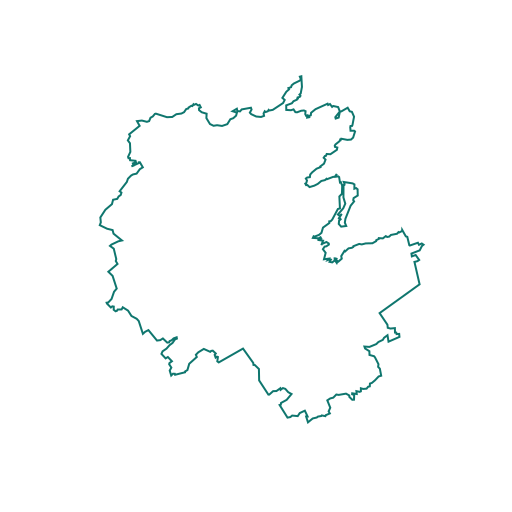 Tønsberg nor, Vestfold, Norway, rotated 243°
{"feature_id": "86288312B49956030196475", "entity_name": "Tønsberg nor", "entity_type": "district", "adm_level": 2, "iso_a3": "NOR", "parent_name": "Norway", "parent_adm1": "Vestfold", "projection": "albers", "projection_center": [10.379, 59.3], "detail": "fine", "context": "isolated", "style": "outline", "palette": "teal", "viewbox_px": 512, "rotation_deg": 243, "n_neighbors": 0, "source": "geoboundaries", "source_scale": "gbopen_adm2", "svg_char_len": 6108}
<svg xmlns="http://www.w3.org/2000/svg" viewBox="0 0 512 512"><g transform="rotate(243 256 256)"><path d="M354.4,130.8L347.9,135.7L344.2,140.0L340.6,139.2L330.7,143.6L331.6,140.0L331.8,132.4L331.3,130.5L327.1,132.6L316.7,130.1L315.2,128.8L311.8,129.0L309.0,117.3L303.4,119.2L290.2,117.1L288.6,113.3L283.3,107.8L281.7,103.3L282.2,101.7L281.3,101.6L276.0,103.3L276.4,105.1L275.5,106.3L272.7,104.8L270.5,105.8L270.3,107.2L271.1,108.4L269.4,112.0L270.8,114.0L265.4,117.2L259.1,117.8L254.2,121.2L251.3,122.0L238.0,119.9L238.8,122.8L238.8,126.5L225.6,129.4L224.5,132.5L224.8,135.6L219.1,137.6L218.5,139.4L219.4,140.4L219.2,142.5L220.0,145.2L219.6,148.4L218.3,148.0L218.5,146.0L216.4,142.1L215.8,138.5L214.1,134.2L213.5,129.5L211.7,127.3L205.8,129.0L206.0,131.6L200.4,133.3L199.9,130.3L199.0,129.5L195.0,129.9L193.1,127.1L188.0,126.2L188.8,128.6L187.9,130.2L186.9,130.0L184.6,140.0L185.3,140.4L185.5,143.1L190.3,147.6L192.9,157.4L195.3,157.6L196.4,160.9L196.9,167.3L191.4,171.7L191.8,173.0L191.3,174.5L187.4,175.9L186.7,174.3L183.8,173.9L184.1,175.5L183.3,176.2L179.7,173.7L178.1,174.5L179.4,202.4L162.0,205.0L160.1,204.3L159.5,205.4L154.0,207.3L143.7,202.3L126.9,204.1L126.5,204.9L127.8,209.9L126.4,212.9L127.1,217.6L125.6,217.2L126.1,220.0L124.3,221.8L120.0,222.9L116.9,225.0L113.9,218.0L113.7,211.6L112.3,210.6L112.5,209.4L97.7,210.7L96.9,213.5L97.4,215.8L94.4,220.5L96.2,223.7L96.0,229.3L89.6,229.1L90.2,227.8L84.2,226.8L85.5,232.8L84.5,236.8L84.8,238.3L83.8,241.5L84.1,242.2L81.8,245.1L82.5,245.9L82.2,250.3L84.6,250.2L87.1,253.3L95.0,254.0L95.4,257.5L94.7,260.5L96.1,264.7L94.7,266.6L92.5,273.7L89.4,275.8L88.1,275.2L84.2,276.5L83.5,278.1L87.6,280.4L89.2,278.9L90.0,279.4L87.3,283.1L90.0,284.1L87.9,286.7L87.8,288.0L90.5,289.4L88.9,291.1L87.6,294.3L88.6,296.5L88.2,298.2L90.6,299.6L90.3,301.6L91.2,305.5L93.0,310.6L92.5,313.2L99.4,315.2L101.8,314.5L104.0,316.0L111.6,316.0L113.1,315.7L116.3,312.2L119.7,313.8L124.1,311.2L126.1,311.5L123.5,315.8L122.9,323.2L123.8,326.0L123.7,330.9L125.0,333.0L125.7,337.2L119.5,335.2L118.8,347.1L121.6,348.2L122.6,345.8L124.1,346.2L124.7,345.1L128.7,347.0L130.3,342.9L132.2,340.8L135.1,341.9L149.0,340.2L156.5,388.9L178.8,394.5L178.1,397.5L178.4,399.6L184.4,398.7L184.9,394.7L187.6,395.6L186.7,404.4L189.6,408.4L190.0,410.4L191.9,409.4L192.0,406.3L194.3,406.3L195.5,397.8L196.0,397.5L204.4,399.5L205.5,398.4L212.9,398.1L211.9,397.5L212.0,394.1L212.6,393.8L211.8,391.7L213.5,385.8L212.8,383.5L213.4,381.5L214.8,380.7L214.1,377.0L216.1,373.7L215.5,373.5L215.5,370.3L214.7,369.8L214.5,365.5L217.4,359.5L218.3,355.5L219.9,353.4L220.5,347.2L219.9,346.8L219.8,345.1L220.8,341.9L219.6,337.5L220.4,337.2L217.2,331.9L214.7,331.2L213.6,326.8L214.4,326.4L213.1,324.8L215.2,324.5L217.0,326.5L217.8,325.7L218.2,325.0L216.3,324.1L215.7,321.0L217.4,318.9L218.8,321.1L219.5,320.5L219.8,318.2L220.6,319.7L222.2,315.1L227.2,319.5L231.7,318.7L233.2,321.4L232.7,323.1L233.1,326.1L234.1,326.5L236.5,325.1L236.8,320.1L236.0,319.1L239.2,322.7L242.4,318.2L242.0,321.7L242.7,321.4L243.6,322.7L243.2,320.0L246.3,314.9L247.4,316.3L246.7,316.9L246.2,321.7L246.9,324.8L250.9,328.6L252.1,336.3L253.6,337.0L253.1,338.3L253.8,340.4L260.7,350.3L260.3,352.4L271.2,357.3L272.4,360.8L279.5,364.7L283.3,365.1L283.4,364.2L288.6,365.9L289.6,365.4L290.4,363.1L292.4,365.2L290.8,362.2L291.5,360.6L292.2,354.1L292.8,353.9L292.3,351.9L293.2,348.3L292.2,343.8L292.2,339.9L293.1,335.0L295.9,334.0L296.4,332.8L298.1,332.8L298.1,333.8L300.1,335.7L302.4,335.6L302.7,337.2L301.8,339.8L304.0,341.3L305.1,344.2L306.3,349.6L305.9,353.8L306.6,353.9L307.4,358.5L310.3,361.7L312.8,360.9L313.8,362.7L313.5,363.8L314.8,365.3L312.9,368.5L313.9,376.3L315.7,377.7L317.4,375.9L318.6,376.3L319.3,377.4L320.4,382.6L321.5,383.9L321.0,384.2L321.8,385.2L318.0,390.1L316.6,393.5L317.4,396.3L322.0,400.8L323.1,400.3L324.7,397.1L327.9,398.4L328.9,399.2L328.3,400.7L328.9,401.4L335.6,406.6L340.9,406.9L342.4,405.2L346.5,405.0L346.1,397.6L346.7,396.4L341.8,392.5L342.3,389.4L343.7,389.7L346.7,396.3L351.4,396.8L354.6,392.9L354.3,391.5L357.8,390.9L357.8,388.8L359.2,388.9L359.8,375.7L358.6,370.1L356.5,368.7L356.7,366.9L355.5,366.5L356.1,364.4L358.0,365.6L358.2,364.3L360.1,364.3L362.5,365.9L363.9,364.8L364.9,362.2L365.4,357.8L366.3,356.4L369.6,356.0L370.0,353.4L372.4,349.3L376.5,351.3L375.8,357.3L376.9,359.7L376.7,363.4L378.1,364.8L377.7,365.1L378.3,365.4L377.9,367.2L378.5,368.3L380.1,368.0L380.5,369.6L385.8,373.7L395.6,378.0L395.9,376.5L392.9,376.2L392.4,374.4L392.5,368.1L391.9,365.3L390.5,363.9L390.9,361.1L389.5,361.1L388.6,357.6L384.9,351.3L382.0,352.4L380.0,349.6L378.6,337.3L379.6,333.8L380.4,333.6L379.6,332.2L379.9,329.9L381.0,329.5L379.6,327.5L377.2,326.8L377.6,323.6L380.2,319.5L384.6,316.1L386.5,315.6L388.5,318.5L390.4,318.8L393.1,309.8L392.1,307.4L393.6,305.2L395.9,305.8L395.6,300.9L392.4,304.1L390.1,302.0L389.1,298.3L389.5,295.2L386.5,290.3L387.3,284.8L390.2,280.7L391.3,277.3L394.5,274.9L401.4,274.4L405.2,276.6L408.7,272.9L411.8,271.5L413.5,272.2L413.5,274.3L416.2,274.3L416.3,272.9L418.7,271.6L418.8,269.5L419.6,269.2L418.5,267.4L419.2,266.7L418.9,263.3L418.2,262.6L418.6,260.5L416.8,257.2L416.8,254.2L418.5,249.4L417.9,244.5L420.1,239.7L428.3,231.4L428.5,230.4L427.2,227.4L427.1,224.8L424.7,222.0L425.1,219.7L428.5,215.8L430.2,211.2L424.8,211.4L422.0,198.2L419.9,198.2L417.2,194.3L413.7,194.9L405.8,191.3L402.4,187.0L401.0,186.8L400.5,188.1L398.5,187.3L395.5,191.9L394.1,191.6L394.4,188.3L392.4,188.0L392.4,185.7L392.1,188.3L392.7,189.1L392.2,189.6L392.0,193.7L392.7,194.1L392.2,195.1L386.4,195.4L386.1,191.9L383.6,187.0L384.5,183.5L384.4,181.3L383.0,177.0L380.6,174.5L375.6,163.9L373.6,164.9L371.8,163.2L371.4,160.6L369.9,158.3L371.0,154.2L367.6,151.2L365.6,142.8L361.0,134.8L356.4,133.0L354.4,130.8ZM282.1,367.8L279.9,367.6L279.2,367.0L279.5,366.2L268.5,360.5L262.1,359.3L258.9,355.4L255.8,347.8L253.8,348.8L254.5,351.5L251.6,346.2L251.7,347.9L250.3,348.1L249.8,346.1L247.0,344.3L243.5,345.2L241.8,350.0L245.4,350.3L248.6,352.6L257.9,363.2L260.1,368.2L261.7,368.0L263.3,369.3L263.7,374.1L269.3,376.8L271.1,376.0L271.3,374.2L275.1,376.2L276.8,375.1L282.1,367.8Z" fill="none" stroke="#0f766e" stroke-width="2"/></g></svg>